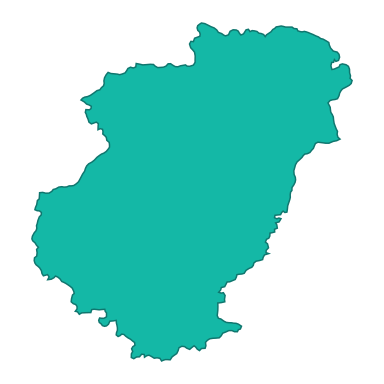 Bambuí, Minas Gerais, Brazil
{"feature_id": "56859067B81413101351729", "entity_name": "Bambuí", "entity_type": "district", "adm_level": 2, "iso_a3": "BRA", "parent_name": "Brazil", "parent_adm1": "Minas Gerais", "projection": "albers", "projection_center": [-45.998, -20.124], "detail": "fine", "context": "isolated", "style": "filled", "palette": "teal", "viewbox_px": 384, "rotation_deg": 0, "n_neighbors": 0, "source": "geoboundaries", "source_scale": "gbopen_adm2", "svg_char_len": 5849}
<svg xmlns="http://www.w3.org/2000/svg" viewBox="0 0 384 384"><path d="M325.9,40.7L323.0,39.1L320.8,38.6L318.4,36.9L315.6,35.8L313.0,34.5L310.2,33.4L308.4,32.6L306.3,31.9L304.4,31.4L302.1,31.9L300.2,31.6L297.8,30.8L296.9,28.8L293.9,28.5L292.1,27.1L289.3,27.1L285.7,27.1L283.6,26.5L281.2,26.0L278.6,26.5L276.2,26.9L274.6,28.5L272.8,29.5L271.0,31.8L268.5,33.5L266.5,34.8L265.2,36.6L263.6,34.5L261.1,33.5L258.9,33.2L257.0,31.5L254.6,30.9L252.2,30.6L250.0,31.6L248.4,29.3L246.1,29.8L244.7,32.0L243.5,33.9L240.9,35.0L239.3,33.1L238.2,31.1L236.3,30.0L233.1,29.8L230.1,31.3L228.5,34.8L225.5,35.9L223.7,35.1L221.7,33.6L218.4,32.4L216.7,29.9L214.1,27.9L211.0,26.7L208.5,25.4L204.8,23.6L201.4,23.0L199.4,24.3L197.7,25.7L197.1,27.9L197.8,30.4L199.4,31.8L200.2,34.1L199.8,36.3L197.1,37.3L194.6,38.2L193.4,41.6L190.9,41.4L189.5,44.0L190.7,47.8L192.6,49.8L194.5,52.1L195.2,55.9L195.1,59.8L195.1,62.3L193.4,65.1L189.7,66.3L187.2,66.2L185.5,64.9L183.3,65.3L180.5,65.8L177.9,66.8L175.2,66.6L172.6,65.1L170.6,63.7L168.1,63.8L166.0,66.1L163.4,67.2L157.7,67.6L155.1,66.1L153.5,64.5L150.2,64.3L146.8,64.6L142.8,64.9L139.8,64.2L136.2,63.5L135.8,66.9L133.3,68.0L130.5,67.2L127.9,68.5L126.7,70.6L125.1,72.9L122.2,74.0L119.7,74.7L117.2,74.1L110.8,73.5L108.1,72.4L106.2,74.7L104.5,77.8L103.9,80.9L104.2,83.3L103.6,85.7L101.3,87.8L99.9,89.8L97.0,90.6L93.4,93.3L90.3,95.4L87.5,96.6L84.8,97.1L82.6,98.2L81.0,100.0L84.3,101.9L86.6,104.1L89.2,105.0L91.3,106.3L91.0,108.6L89.4,109.8L85.9,109.6L85.3,112.4L86.3,114.3L86.8,116.4L88.0,119.0L89.0,122.2L91.4,123.9L94.2,122.9L96.3,122.1L98.3,123.6L98.1,126.6L98.0,129.7L100.2,128.7L102.5,129.3L103.0,131.5L102.8,134.0L104.9,135.8L106.3,137.4L106.8,140.3L109.2,142.4L109.5,144.9L109.5,147.2L108.3,149.0L106.2,151.5L103.7,153.2L101.6,154.0L99.5,155.4L97.0,157.3L94.2,160.3L91.7,162.2L88.7,163.8L86.7,165.9L85.5,168.3L84.6,171.2L82.6,174.1L81.3,176.6L80.2,178.7L78.5,181.8L76.4,183.7L73.8,185.5L71.3,185.9L69.1,185.9L66.8,186.9L64.0,187.1L61.8,186.7L58.8,187.1L55.8,188.8L53.2,189.5L51.9,191.3L49.1,193.1L45.7,193.2L42.7,192.4L39.6,192.7L39.4,196.3L39.2,198.9L37.4,200.5L36.7,204.7L35.5,207.4L34.9,209.7L37.1,210.7L39.5,210.9L41.4,212.5L41.2,214.9L39.3,216.9L37.9,220.6L37.2,223.7L36.5,225.7L36.8,228.2L36.1,230.6L34.3,232.7L32.4,236.2L31.9,238.9L32.7,240.8L35.1,242.9L36.6,245.4L38.4,247.3L36.6,249.4L37.1,252.8L36.7,256.1L34.5,257.8L34.2,260.6L34.9,263.0L36.1,264.8L38.0,266.3L39.7,267.9L41.4,270.7L42.0,273.6L43.4,275.8L45.6,275.2L47.5,274.6L49.1,276.9L47.7,279.7L51.3,279.2L54.0,277.7L55.4,276.1L57.5,276.9L59.9,278.8L61.8,281.5L63.7,282.3L65.8,283.4L68.1,284.9L70.1,286.3L72.3,288.2L73.8,291.5L74.2,293.5L72.5,295.0L71.5,298.8L71.2,301.8L73.3,303.7L75.7,304.5L77.1,306.5L77.0,309.0L75.3,311.3L77.5,311.8L79.3,314.3L81.7,312.9L85.8,312.7L88.6,312.6L90.8,312.6L91.7,309.6L94.1,309.2L96.6,309.5L99.2,309.8L101.9,309.5L104.8,309.3L105.2,311.3L106.5,312.9L106.5,316.8L104.0,318.3L101.9,318.3L99.6,318.0L98.7,320.3L99.3,322.5L101.0,323.7L102.4,325.6L104.5,326.3L106.5,325.9L108.5,324.2L109.8,321.2L113.2,320.9L116.2,320.4L116.4,323.0L117.0,325.4L117.4,327.8L117.4,330.3L116.5,332.7L116.2,334.9L118.1,336.5L120.1,335.6L121.8,334.1L124.0,334.5L125.6,336.1L127.9,337.8L130.6,339.3L132.7,341.1L134.6,342.5L134.9,345.3L132.8,346.7L131.6,348.8L132.7,351.5L131.4,353.8L131.3,357.5L133.8,358.7L136.5,357.0L139.5,356.8L141.7,354.2L144.2,354.5L144.5,357.2L146.7,355.7L149.0,355.2L151.3,356.4L154.2,358.2L157.0,357.8L159.9,358.3L161.6,361.0L163.4,360.2L165.3,359.6L167.6,359.6L170.2,359.8L172.1,356.9L174.2,355.3L176.7,353.6L178.1,350.7L179.0,347.7L181.8,346.3L184.6,346.6L186.8,348.2L189.7,349.4L191.7,347.6L194.1,345.8L195.9,347.3L197.2,349.1L199.5,350.6L201.5,348.5L205.1,348.3L205.9,345.8L205.5,342.4L207.3,340.4L209.7,338.8L212.8,338.3L216.0,338.1L219.3,337.8L221.2,335.8L222.7,333.2L226.0,331.9L228.8,330.6L232.0,330.6L234.5,331.7L237.4,331.7L238.4,329.7L240.4,329.0L241.5,326.2L238.3,324.1L236.0,323.3L233.7,323.2L231.7,322.8L229.0,322.7L226.3,322.4L223.8,321.1L220.9,319.0L218.4,318.3L217.2,315.5L217.5,313.2L217.8,310.3L217.9,306.7L217.8,303.0L221.3,302.6L224.8,301.8L224.5,299.3L225.1,295.5L223.4,292.7L221.2,293.1L218.7,292.3L220.6,290.1L221.3,287.5L224.7,286.7L225.9,284.4L227.1,282.0L229.7,281.8L232.1,280.8L235.2,279.5L236.4,277.0L236.9,274.7L239.2,274.2L241.9,274.0L244.2,273.3L246.1,270.3L249.1,268.4L251.8,267.3L253.3,265.4L253.8,263.1L256.1,261.2L259.7,260.5L262.6,259.6L263.1,257.5L264.5,254.9L268.7,253.6L266.0,252.6L266.2,250.3L268.5,247.8L267.5,243.8L265.4,242.1L266.5,239.3L268.8,238.2L269.8,236.1L270.0,233.1L272.1,232.7L274.7,232.0L274.5,229.3L277.3,228.2L276.8,224.8L275.6,222.9L279.1,221.9L281.0,218.7L278.9,218.0L276.8,218.8L274.5,217.7L275.0,215.3L277.4,215.0L280.6,214.7L281.6,212.6L283.1,211.1L284.9,212.5L286.9,212.1L287.4,209.1L287.7,205.8L288.8,202.5L289.8,199.5L290.3,197.3L290.2,194.7L290.6,192.1L291.9,190.5L292.0,187.5L293.7,185.1L295.1,182.3L295.6,179.9L295.3,177.2L294.1,174.5L293.8,170.8L294.6,168.0L295.5,164.7L297.1,161.9L299.6,159.7L302.0,157.4L303.3,155.5L304.8,154.1L307.3,153.7L309.9,152.5L311.6,150.3L313.4,148.4L314.3,146.0L315.4,143.5L317.9,142.2L320.4,142.5L322.8,142.8L325.7,143.2L329.0,143.2L331.0,142.3L333.2,141.4L336.7,140.7L340.0,139.1L337.9,137.2L337.1,134.2L337.5,131.4L336.2,128.9L335.1,126.0L334.1,123.3L333.6,120.1L333.3,116.9L332.2,114.5L330.8,112.3L330.4,109.4L330.2,107.3L329.1,105.1L328.0,102.9L330.1,100.5L332.5,99.8L335.0,99.5L337.5,98.7L339.0,95.8L339.7,93.0L341.0,90.7L342.5,88.9L344.7,87.8L347.5,86.3L349.4,85.2L351.2,83.5L352.1,80.5L350.1,78.4L350.5,75.8L349.6,72.9L349.5,69.2L348.4,66.3L346.0,64.7L342.4,63.9L340.0,64.7L339.1,66.9L336.6,68.0L334.1,69.1L331.9,69.5L330.9,65.8L331.7,62.4L333.6,62.3L334.4,59.6L335.9,61.4L338.5,60.4L339.6,57.2L339.0,54.3L337.2,52.1L333.3,51.1L330.6,48.1L329.3,45.0L328.8,42.5L325.9,40.7Z" fill="#14b8a6" stroke="#0f766e" stroke-width="1.5"/></svg>